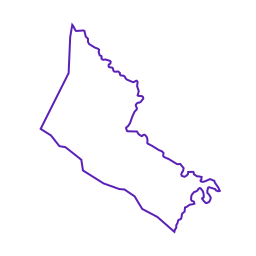 Mineral, West Virginia, United States of America (Robinson projection), rotated 86°
{"feature_id": "52423323B84161084981084", "entity_name": "Mineral", "entity_type": "district", "adm_level": 2, "iso_a3": "USA", "parent_name": "United States of America", "parent_adm1": "West Virginia", "projection": "robinson", "projection_center": [-78.932, 39.443], "detail": "fine", "context": "isolated", "style": "outline", "palette": "violet", "viewbox_px": 256, "rotation_deg": 86, "n_neighbors": 0, "source": "geoboundaries", "source_scale": "gbopen_adm2", "svg_char_len": 2529}
<svg xmlns="http://www.w3.org/2000/svg" viewBox="0 0 256 256"><g transform="rotate(86 128 128)"><path d="M92.0,114.7L86.9,116.0L84.1,115.5L82.9,115.2L82.3,115.4L81.8,115.7L81.5,116.0L81.4,116.5L81.7,117.2L82.4,118.5L82.7,119.7L79.6,125.8L78.3,126.9L76.2,127.9L75.4,129.1L75.3,130.1L75.2,131.1L74.9,131.7L74.3,132.2L73.6,132.4L72.7,132.2L71.0,133.7L70.9,135.0L71.0,136.4L70.7,137.8L69.9,138.5L68.3,138.8L66.9,139.2L66.5,140.2L66.2,141.8L65.9,142.7L65.3,143.0L64.6,143.0L63.9,143.0L63.2,142.5L62.5,141.2L61.2,140.7L60.5,140.7L59.8,141.2L58.0,145.9L58.3,147.5L57.7,149.1L56.6,149.7L55.2,149.3L54.3,149.6L53.5,151.2L50.0,152.0L48.6,151.4L47.9,151.4L47.0,152.2L45.3,155.7L41.5,161.0L39.2,161.9L36.2,161.7L33.8,163.8L28.1,164.7L27.6,165.7L27.6,172.9L27.1,173.5L22.2,175.7L21.2,176.4L33.1,179.3L69.1,183.4L122.8,215.2L130.0,205.4L141.3,197.7L142.8,191.7L156.4,176.8L167.2,175.9L181.6,156.2L188.3,140.9L189.1,135.8L196.6,126.2L209.7,119.5L218.8,104.9L234.8,89.0L232.5,88.2L230.9,86.8L228.5,86.7L226.1,85.2L223.7,84.4L223.0,83.6L222.8,82.3L222.5,81.8L221.9,81.2L217.6,80.1L217.0,79.7L215.4,77.5L214.9,77.3L211.5,76.7L211.3,76.7L210.9,75.2L208.9,71.9L208.5,68.3L208.2,67.1L206.6,67.2L206.0,67.5L205.0,69.6L203.9,70.1L200.3,69.6L199.1,69.0L196.6,66.7L196.3,65.9L196.2,65.0L195.5,63.5L195.0,62.9L194.2,62.5L192.9,60.8L192.9,60.5L193.3,59.7L196.4,57.7L199.0,57.2L202.1,57.2L202.9,57.8L202.9,58.6L203.7,59.0L206.4,57.3L208.3,55.5L208.4,54.8L207.4,52.2L205.1,50.8L203.2,50.3L200.3,51.7L198.1,53.4L195.9,53.2L193.1,52.2L192.8,51.8L192.8,51.1L194.8,45.8L195.3,45.1L196.3,44.7L197.3,42.7L197.4,41.9L197.1,40.8L193.9,42.0L188.4,45.2L187.2,45.5L186.7,45.6L184.7,49.7L186.7,55.4L186.9,56.9L186.7,58.5L186.0,59.3L185.1,59.2L184.7,58.5L182.0,58.0L181.1,61.2L181.1,62.4L178.7,65.5L176.7,65.6L176.3,66.1L176.1,71.0L178.3,71.5L180.0,73.6L180.6,75.1L179.5,77.7L177.9,78.1L176.1,77.3L174.8,76.1L171.9,75.3L171.4,75.7L167.5,78.4L167.6,80.9L167.3,81.8L161.4,90.1L161.4,90.5L159.3,94.2L158.6,94.8L157.8,94.8L155.4,94.3L153.6,95.8L152.2,98.7L147.5,105.2L144.9,109.5L144.3,109.8L141.2,109.4L138.9,109.7L137.1,110.7L135.9,111.9L135.8,112.5L136.2,113.7L137.0,114.3L137.1,114.8L136.0,116.6L134.4,118.2L132.1,119.3L131.3,128.3L130.9,129.2L130.4,129.3L127.8,130.0L127.1,129.4L126.2,127.9L123.2,125.6L116.9,122.9L112.3,120.4L109.9,117.9L108.7,117.8L106.1,118.7L105.3,118.5L104.1,117.5L103.4,116.0L103.5,115.1L103.0,113.7L99.8,110.7L98.3,110.9L97.6,111.3L97.1,112.3L96.9,113.8L96.7,115.3L96.2,116.1L92.0,114.7Z" fill="none" stroke="#5b21b6" stroke-width="2"/></g></svg>